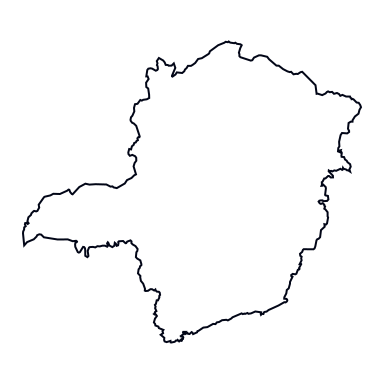 an SVG outline of Minas Gerais
{"feature_id": "BRA-601", "entity_name": "Minas Gerais", "entity_type": "State", "adm_level": 1, "iso_a3": "BRA", "parent_name": "Brazil", "parent_adm1": "", "projection": "robinson", "projection_center": [-44.656, -18.566], "detail": "fine", "context": "isolated", "style": "outline", "palette": "ink", "viewbox_px": 384, "rotation_deg": 0, "n_neighbors": 0, "source": "natural_earth", "source_scale": "10m", "svg_char_len": 5954}
<svg xmlns="http://www.w3.org/2000/svg" viewBox="0 0 384 384"><path d="M158.9,58.0L163.2,60.5L164.7,62.4L165.7,64.9L167.8,65.0L168.7,65.7L171.6,65.6L173.8,63.4L175.3,67.9L172.0,75.7L172.0,76.3L172.5,76.6L175.5,74.5L176.8,72.4L182.2,73.0L184.3,71.2L185.0,69.5L186.5,68.2L187.9,65.9L190.9,65.9L192.6,64.9L195.2,63.0L198.1,59.0L201.8,58.2L208.5,54.0L209.2,53.3L209.9,51.3L218.2,45.2L224.4,42.7L225.6,41.8L227.9,42.2L228.7,41.5L230.2,42.6L234.3,43.2L235.3,42.7L236.9,43.8L240.5,44.3L241.7,45.2L240.3,48.0L238.9,52.7L239.4,54.2L239.4,56.1L240.4,57.2L250.8,60.6L252.3,60.2L254.0,57.6L259.0,55.3L260.9,55.3L267.2,56.8L269.1,59.3L276.4,65.6L278.8,65.7L283.1,69.1L287.5,71.4L289.8,72.1L291.1,71.8L293.5,74.3L296.2,73.8L297.8,74.0L300.5,72.2L302.2,71.8L315.5,85.2L316.6,93.8L317.5,93.6L322.2,95.1L325.5,93.5L326.9,92.0L328.1,91.4L329.7,92.2L332.1,91.9L334.0,93.8L337.0,93.0L339.1,94.1L340.3,95.8L342.4,94.9L346.0,96.5L350.0,96.5L350.5,97.8L351.4,98.3L351.6,99.2L352.8,99.0L353.7,99.5L356.6,102.5L358.7,102.8L360.2,105.0L361.0,107.2L359.5,109.8L358.5,113.7L354.9,116.5L352.6,120.2L352.5,121.7L350.7,121.7L348.6,123.0L348.0,128.8L349.1,130.9L349.1,132.0L347.2,133.4L342.0,133.0L340.6,135.1L339.1,141.8L339.4,146.4L338.3,148.0L338.0,151.4L339.0,151.8L339.6,150.5L340.8,150.2L340.1,152.1L340.5,152.5L341.4,152.1L341.8,152.9L341.4,155.6L341.6,156.8L344.1,157.1L345.0,159.5L346.7,160.7L347.5,162.2L350.1,164.2L350.7,166.7L349.4,169.4L350.1,171.6L348.3,170.4L347.0,170.3L346.3,169.6L343.5,168.7L343.0,167.9L342.7,169.6L342.2,169.9L340.4,168.8L336.2,170.8L334.3,170.4L332.4,171.4L331.3,170.9L329.7,171.1L328.8,170.5L328.7,171.3L332.9,175.7L333.0,177.4L330.9,177.5L329.0,176.0L328.1,176.0L325.5,178.4L324.2,178.5L322.6,181.6L321.8,182.2L322.0,184.5L321.5,185.8L322.4,185.7L323.3,184.7L325.7,187.1L325.9,188.5L325.1,194.9L325.5,195.4L327.9,195.9L328.4,199.4L327.1,200.9L323.2,201.2L322.6,200.4L320.8,200.4L319.4,200.7L318.6,201.6L319.7,203.3L320.9,203.9L322.7,203.2L324.3,204.7L324.3,205.7L325.1,206.4L324.3,208.7L325.3,209.3L327.6,212.2L327.6,216.4L328.1,217.4L327.0,223.5L325.9,224.6L324.4,224.2L324.7,226.7L321.0,230.1L320.1,237.2L318.6,238.8L317.3,239.2L316.5,240.3L315.3,246.4L314.5,248.5L313.4,249.3L303.7,249.2L302.9,249.9L302.2,251.9L300.0,253.8L300.3,255.8L301.6,256.7L301.2,258.3L301.6,260.3L299.8,263.9L300.9,263.7L301.2,264.1L299.0,268.2L299.5,268.9L298.9,269.6L297.8,269.9L296.4,273.7L295.4,274.3L292.7,273.9L291.2,275.1L291.4,276.3L292.5,276.7L292.4,277.0L290.0,282.0L290.0,283.7L288.7,288.4L286.8,290.0L286.3,293.4L284.3,297.3L284.2,298.7L286.4,298.9L287.1,299.5L287.3,300.6L286.8,301.5L285.6,302.4L284.3,302.2L278.5,305.5L268.6,310.0L266.6,311.6L264.7,311.9L264.0,312.3L263.4,314.0L262.0,313.8L261.0,314.8L260.7,313.9L261.1,312.3L255.3,311.5L251.0,313.4L248.4,313.8L247.5,313.0L245.0,313.9L244.4,313.6L242.8,314.1L241.6,313.4L232.5,317.3L231.3,318.5L227.9,320.4L226.3,319.8L222.1,320.2L219.1,322.0L216.8,322.4L215.5,324.1L213.1,323.9L207.4,327.1L203.3,327.6L198.4,330.9L197.5,331.1L197.1,332.3L193.1,334.1L192.4,332.6L191.6,332.1L189.5,334.0L188.0,333.8L187.5,332.9L185.1,334.1L184.6,333.3L185.6,331.9L183.2,331.9L183.0,332.3L183.7,333.9L180.8,336.1L181.3,336.7L182.9,336.7L183.3,337.3L182.9,339.0L181.8,339.1L182.0,340.2L181.6,340.9L181.1,340.9L180.3,340.2L179.1,341.4L177.6,339.9L177.0,340.6L176.0,340.5L174.7,341.8L171.4,342.5L170.7,342.4L170.5,340.9L166.6,342.1L164.6,341.4L164.1,340.0L164.3,337.8L160.7,334.8L163.1,333.2L162.5,331.2L163.4,329.9L158.9,328.1L158.4,326.6L155.4,325.5L155.1,323.9L153.9,322.4L155.0,318.6L156.9,316.0L156.1,314.8L154.6,314.5L154.0,314.0L155.1,313.2L154.8,312.5L155.1,311.9L156.4,311.1L155.1,308.1L155.6,306.7L154.9,304.9L155.9,303.9L156.7,300.3L158.0,300.3L159.3,297.6L159.3,295.9L160.1,294.9L159.7,292.6L158.9,291.8L156.8,291.6L155.7,290.5L155.4,289.5L154.2,290.5L152.0,289.2L150.4,289.2L148.0,290.8L145.6,291.0L144.8,290.6L145.0,288.8L143.2,283.7L140.9,280.9L140.2,277.2L140.4,276.0L138.0,273.4L138.6,269.3L139.7,268.0L140.1,266.2L141.3,265.3L141.4,264.2L140.3,260.4L137.1,258.5L135.9,257.1L136.4,252.2L137.3,251.0L137.6,249.0L135.5,246.1L132.6,244.4L131.4,243.1L131.5,241.4L130.5,240.4L127.2,241.6L126.2,243.1L125.5,243.2L123.1,241.0L118.9,241.3L118.2,242.1L118.5,243.1L118.1,245.3L116.7,245.8L115.8,243.6L114.8,242.8L114.3,245.8L112.3,247.1L109.4,245.5L108.4,243.0L107.8,242.3L107.1,243.4L107.9,245.8L107.2,246.7L105.0,245.7L102.4,245.7L99.8,246.4L97.4,246.2L95.3,247.4L92.9,246.9L89.8,247.1L89.0,247.6L87.7,250.9L88.4,256.0L87.4,257.1L85.3,255.8L85.2,249.9L85.0,248.3L84.2,247.1L83.1,246.9L79.9,252.1L78.9,252.6L77.8,252.1L75.3,246.9L75.1,244.5L75.4,242.8L76.8,242.1L77.0,241.5L76.1,240.8L72.7,241.2L67.8,239.4L57.7,239.5L43.9,237.3L41.2,234.6L39.3,234.3L37.2,235.2L36.6,236.5L33.8,239.3L27.1,242.1L24.2,245.4L23.0,233.3L23.2,231.4L24.1,229.6L24.2,227.4L25.7,226.2L24.9,224.4L25.2,223.1L26.3,223.0L27.7,224.0L28.6,223.2L27.4,221.4L28.4,217.3L31.0,214.9L31.4,213.4L33.5,211.3L34.1,210.9L36.2,211.4L37.4,210.9L39.2,207.6L38.7,204.7L44.0,197.2L44.8,196.7L50.4,195.4L53.3,193.8L59.9,194.0L67.2,190.7L68.5,189.6L69.3,189.8L70.2,192.1L71.8,194.0L72.6,194.3L79.3,187.0L85.4,183.7L89.5,184.6L95.6,184.2L106.4,184.5L110.5,186.6L112.5,186.4L113.6,187.4L116.8,188.1L124.8,183.5L127.0,180.1L131.5,178.0L134.2,175.3L136.0,174.4L133.6,166.4L134.6,163.0L136.3,160.7L136.2,157.7L135.1,156.2L132.3,154.9L129.9,155.8L128.5,154.1L128.3,152.4L129.2,149.0L131.1,149.4L131.9,146.3L133.7,144.8L134.2,143.0L135.8,142.4L136.5,141.0L137.9,140.2L137.4,138.3L138.4,137.1L139.4,137.2L139.7,136.4L136.2,125.8L133.7,123.4L132.2,122.8L130.8,121.0L130.5,119.9L131.0,117.3L132.4,115.7L134.3,111.4L134.0,107.9L135.0,104.2L137.5,103.8L140.3,100.0L141.8,100.6L143.2,99.8L146.8,99.3L149.2,98.0L149.1,94.7L148.2,88.5L146.3,87.0L146.1,82.7L148.6,79.0L147.6,76.4L146.3,76.4L147.3,70.0L148.3,68.7L150.4,68.3L152.1,68.6L155.8,70.7L157.3,70.0L157.9,69.0L157.6,66.2L156.9,65.1L157.5,63.3L156.8,61.1L158.9,58.0Z" fill="none" stroke="#020617" stroke-width="2"/></svg>